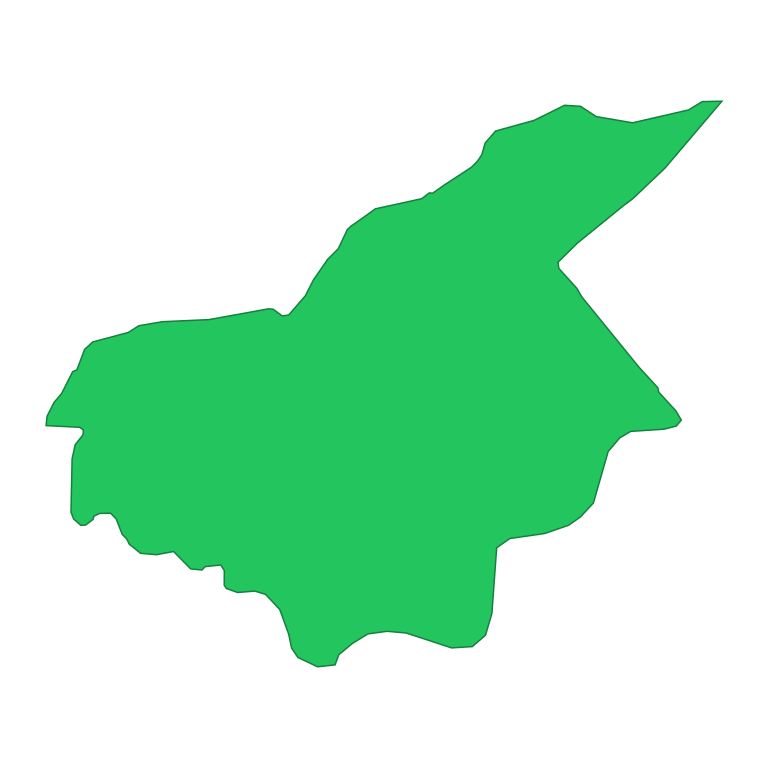 Santa Catarina Pinula, Guatemala (Albers equal-area conic projection)
{"feature_id": "79465075B31337947825966", "entity_name": "Santa Catarina Pinula", "entity_type": "district", "adm_level": 2, "iso_a3": "GTM", "parent_name": "Guatemala", "parent_adm1": "", "projection": "albers", "projection_center": [-90.471, 14.567], "detail": "fine", "context": "isolated", "style": "filled", "palette": "green", "viewbox_px": 768, "rotation_deg": 0, "n_neighbors": 0, "source": "geoboundaries", "source_scale": "gbopen_adm2", "svg_char_len": 1480}
<svg xmlns="http://www.w3.org/2000/svg" viewBox="0 0 768 768"><path d="M593.4,503.0L608.2,451.4L614.3,444.3L619.7,437.9L630.7,431.4L664.0,429.2L676.3,426.1L681.3,420.0L675.8,410.8L658.8,392.2L657.9,387.8L638.9,367.1L581.5,296.5L577.0,288.5L558.8,268.4L558.1,262.1L577.4,243.1L623.2,205.9L632.9,198.6L664.9,168.2L721.9,101.2L702.2,101.6L688.6,109.9L632.6,122.8L596.3,116.6L585.8,109.8L580.6,106.3L564.6,105.3L534.0,120.4L495.6,131.0L485.2,142.9L481.8,154.8L477.4,161.2L471.5,167.2L444.1,185.1L432.7,193.2L429.3,192.9L421.7,198.7L375.4,208.8L362.9,217.8L350.9,226.2L347.4,229.5L338.2,248.8L327.6,259.4L313.5,279.8L305.4,295.7L288.7,315.0L282.3,315.9L273.3,309.3L268.6,308.8L209.0,319.6L162.5,321.7L138.9,325.7L128.2,332.5L92.8,341.9L84.6,349.4L76.9,369.9L72.7,371.6L61.5,393.7L54.2,402.2L47.1,416.1L46.1,425.6L79.6,427.3L83.3,429.9L83.1,434.7L75.2,444.7L72.1,458.8L71.0,512.0L73.6,519.0L80.8,525.3L85.6,525.1L93.1,519.3L93.9,516.2L99.7,513.4L110.6,513.2L116.2,518.9L122.2,534.4L126.8,539.0L129.2,544.1L140.5,553.3L156.5,554.7L173.6,551.5L177.5,555.5L190.7,568.9L201.9,570.0L205.3,566.6L220.9,565.0L224.3,570.6L224.2,585.1L226.4,588.5L237.6,592.5L254.9,591.1L265.6,594.4L279.8,609.6L288.7,634.2L291.6,648.1L297.9,657.5L317.6,666.8L335.1,664.9L338.8,654.7L352.5,643.4L367.9,633.9L387.0,631.3L406.1,633.0L451.6,647.9L472.3,646.6L485.5,635.2L491.9,613.5L496.7,547.7L509.9,538.5L544.7,533.5L568.7,525.2L580.5,516.9L593.4,503.0Z" fill="#22c55e" stroke="#15803d" stroke-width="1.5"/></svg>